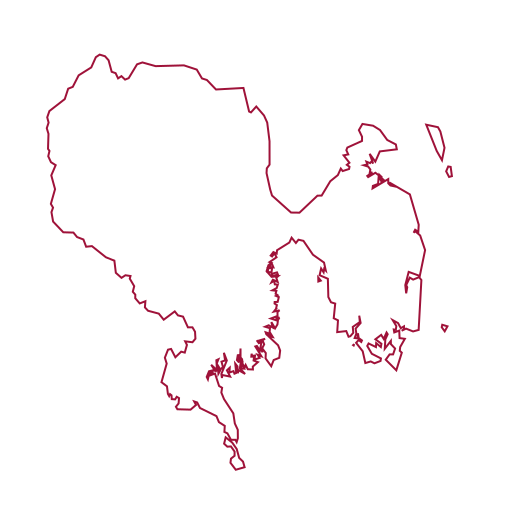 Ambanja, Diana, Madagascar, rotated 176°
{"feature_id": "10022922B10293113814705", "entity_name": "Ambanja", "entity_type": "district", "adm_level": 2, "iso_a3": "MDG", "parent_name": "Madagascar", "parent_adm1": "Diana", "projection": "equal_earth", "projection_center": [48.458, -13.784], "detail": "fine", "context": "isolated", "style": "outline", "palette": "rose", "viewbox_px": 512, "rotation_deg": 176, "n_neighbors": 0, "source": "geoboundaries", "source_scale": "gbopen_adm2", "svg_char_len": 6126}
<svg xmlns="http://www.w3.org/2000/svg" viewBox="0 0 512 512"><g transform="rotate(176 256 256)"><path d="M292.7,435.0L297.5,436.9L302.1,446.1L314.6,451.2L342.9,452.4L355.8,457.0L361.3,455.5L370.6,442.3L374.3,441.1L377.7,444.8L381.2,442.8L383.3,448.2L387.1,449.8L389.4,461.5L392.7,465.8L397.9,467.8L401.9,465.5L407.2,455.6L420.3,448.6L427.0,437.5L431.7,436.0L435.8,425.9L452.0,415.0L454.6,408.9L453.6,403.5L455.8,398.1L454.5,392.3L456.0,377.4L454.7,375.2L456.3,370.0L454.0,363.9L449.5,360.6L454.6,350.7L451.8,336.7L457.0,322.3L455.1,318.4L457.0,314.0L456.0,304.5L446.6,293.1L436.5,292.1L433.2,287.4L427.0,284.5L424.8,277.1L419.0,277.3L405.8,265.2L397.6,261.2L397.0,249.0L391.7,243.6L387.6,245.9L382.6,244.8L383.5,242.2L379.6,234.4L381.4,228.9L379.1,225.9L379.4,222.3L375.3,216.8L369.5,218.6L370.4,212.5L367.5,208.9L357.0,205.3L352.5,198.9L340.9,206.4L338.0,202.2L333.0,200.6L328.9,189.6L324.4,189.3L322.1,184.7L322.2,177.7L325.4,174.4L332.6,175.8L331.1,172.1L333.8,164.6L337.3,165.8L343.5,160.6L347.2,169.2L350.3,168.7L354.0,160.9L352.6,154.9L359.1,136.7L353.9,132.2L353.5,124.6L352.4,122.3L351.4,124.2L350.0,122.9L350.0,119.1L346.7,118.6L344.9,121.1L342.7,119.6L343.5,114.3L346.4,111.2L345.1,108.6L332.0,107.3L326.2,111.6L327.8,115.2L324.9,114.0L322.5,108.3L306.6,99.0L304.6,92.9L299.0,88.7L299.8,82.7L296.9,81.1L293.8,74.4L289.4,74.1L288.3,71.7L286.8,75.5L286.3,83.9L288.8,90.4L289.6,100.6L297.9,115.5L300.1,122.2L299.0,126.9L301.9,128.9L305.1,141.6L311.6,139.7L312.6,136.3L313.6,138.8L310.9,144.3L306.9,145.0L304.8,144.3L308.3,150.6L302.9,144.9L302.8,154.8L300.7,155.6L302.7,151.4L299.4,145.2L296.7,147.6L297.8,153.0L294.1,154.0L294.8,161.7L292.4,153.8L298.8,140.7L298.5,136.7L297.8,139.6L290.2,137.5L293.0,144.0L290.0,146.4L290.6,141.6L286.5,142.7L285.7,140.1L283.9,140.7L284.2,150.1L282.2,147.2L282.3,140.3L281.3,143.3L275.1,139.1L279.9,145.1L278.4,152.2L280.8,151.6L282.3,153.5L281.1,158.3L278.6,158.4L277.9,164.8L278.5,155.9L277.1,154.0L276.8,148.9L274.8,146.1L273.9,148.0L272.1,143.6L267.0,143.0L266.9,145.9L261.5,150.0L265.7,151.9L264.9,155.7L267.7,155.9L267.2,158.8L266.8,156.6L263.9,156.8L264.7,152.8L259.5,154.1L261.2,157.3L257.6,155.6L263.0,165.8L261.4,166.2L258.7,161.5L256.5,169.9L259.2,168.8L261.2,171.9L259.2,169.3L257.6,170.7L259.6,171.3L252.7,172.8L255.4,171.6L254.0,167.3L257.1,162.1L256.4,159.5L255.9,162.9L253.0,158.5L253.6,153.2L248.5,145.0L245.6,151.0L239.9,152.8L238.5,160.0L240.2,165.4L249.1,175.0L248.6,176.9L250.2,176.2L251.2,177.3L251.7,179.2L248.1,177.7L247.8,174.9L244.9,174.0L247.7,179.3L247.1,183.0L251.8,184.8L248.2,186.0L244.3,183.5L245.3,189.0L242.0,182.5L239.4,186.2L238.7,189.8L245.6,192.6L238.7,194.7L238.5,198.6L236.3,200.2L242.1,199.3L238.7,203.0L239.6,202.4L238.6,205.6L240.8,207.3L240.6,208.8L237.6,208.7L236.1,213.4L238.8,214.8L237.3,215.5L239.1,217.0L238.1,219.8L242.0,220.6L237.6,222.6L236.3,225.9L239.2,226.4L239.7,229.9L242.4,228.6L240.8,231.2L236.2,228.6L237.3,232.9L235.4,234.3L241.9,234.1L246.5,240.1L244.3,245.9L241.1,248.1L242.9,249.0L235.6,253.3L237.4,257.4L240.0,254.4L241.3,255.4L238.4,258.7L235.2,257.0L234.6,260.3L221.8,267.1L219.2,271.8L215.3,266.2L212.5,269.3L207.6,267.8L199.1,253.3L188.6,244.7L187.4,236.6L188.9,238.4L189.7,235.0L191.9,239.0L193.9,232.4L185.9,228.3L186.7,210.0L184.4,204.6L180.3,203.0L182.8,188.5L178.7,186.1L180.3,174.4L171.2,174.8L169.3,169.0L167.5,169.4L164.3,172.6L164.4,178.5L157.0,182.9L157.2,189.3L156.3,181.9L161.7,176.6L161.3,171.7L163.3,167.3L160.5,166.8L159.7,171.8L159.3,167.0L156.2,164.4L157.0,162.9L159.5,165.0L162.2,162.4L156.2,153.5L154.4,141.6L148.9,142.8L145.3,140.7L139.1,142.6L138.5,145.1L147.3,150.4L151.3,158.5L149.8,160.9L142.7,156.8L142.2,160.7L137.8,156.5L137.0,159.7L142.7,164.6L136.6,168.6L134.4,164.4L131.1,170.6L130.1,168.8L132.8,163.8L134.0,154.5L127.4,161.9L127.6,158.7L123.7,154.0L126.1,148.3L129.6,148.5L133.8,143.5L124.0,132.2L117.3,149.4L119.2,151.4L118.5,155.2L113.3,163.0L118.5,164.1L118.3,171.6L123.4,170.1L123.7,173.1L121.7,172.6L120.9,176.3L124.1,182.5L118.9,179.1L116.6,173.9L113.3,175.5L113.5,172.7L115.9,171.3L111.4,173.1L104.6,169.8L98.9,170.9L92.7,220.5L94.8,223.5L100.9,221.5L104.1,223.7L108.2,216.5L107.3,214.3L108.8,208.3L109.1,216.6L104.8,229.5L94.0,224.7L86.9,250.1L90.8,265.0L95.3,269.5L97.1,268.3L95.4,271.1L92.4,268.8L91.5,275.8L98.2,306.7L117.9,320.1L114.3,316.2L117.0,317.0L119.0,319.3L118.7,323.5L135.0,315.3L134.5,317.8L129.2,319.4L127.9,327.9L131.1,330.7L138.6,326.9L139.4,328.1L134.1,331.3L136.7,331.2L135.9,334.3L137.8,337.3L142.1,339.0L138.5,339.6L139.3,342.4L135.7,340.7L133.9,342.5L132.7,340.0L135.5,350.0L130.4,341.8L125.2,351.7L108.1,352.6L108.7,357.5L117.0,362.6L123.5,373.0L130.1,377.8L140.6,380.3L144.6,374.4L141.9,367.6L142.2,363.4L157.3,357.8L158.5,355.3L156.9,350.9L161.6,350.3L156.3,342.5L159.0,340.6L156.5,338.5L157.1,336.3L163.6,334.7L165.3,337.3L168.7,331.0L176.7,325.4L186.3,311.7L190.5,311.9L209.6,296.2L218.0,296.9L235.8,315.2L237.2,321.3L239.7,338.0L239.1,342.7L236.1,346.2L234.5,369.5L235.5,388.3L238.2,395.6L245.3,405.1L251.0,399.6L252.8,400.6L256.8,424.5L284.3,424.9L292.7,435.0ZM77.0,375.1L68.4,348.2L63.8,338.6L60.4,350.8L63.4,367.3L65.5,371.8L77.0,375.1ZM291.1,44.2L282.1,46.1L283.3,51.8L286.9,55.8L288.7,64.8L292.8,71.6L298.9,77.2L300.9,71.0L297.9,67.8L294.3,67.8L291.0,62.4L291.3,58.2L295.1,55.6L295.9,51.5L291.1,44.2ZM58.0,331.9L60.4,327.2L57.9,321.4L55.0,322.0L55.6,331.3L58.0,331.9ZM244.3,243.2L245.6,239.2L241.7,238.7L240.8,242.6L244.3,243.2ZM75.7,172.0L73.0,167.7L69.9,172.5L75.0,174.4L75.7,172.0ZM239.4,243.4L240.6,247.0L244.3,244.3L239.4,243.4ZM241.5,237.1L240.7,234.8L235.5,236.1L236.2,238.2L241.5,237.1ZM281.5,154.1L277.8,153.2L280.5,156.9L281.5,154.1ZM306.6,143.3L310.6,143.2L311.9,141.0L306.6,143.3ZM195.4,230.2L195.6,226.2L193.1,226.9L195.4,230.2ZM275.4,144.4L275.8,146.1L277.7,148.3L278.6,144.9L275.4,144.4ZM127.1,328.2L127.2,324.7L126.3,322.9L125.2,326.1L127.1,328.2ZM301.7,146.3L301.6,143.6L301.7,141.2L299.9,144.0L301.7,146.3ZM122.7,322.3L124.8,324.5L125.5,321.8L122.7,322.3ZM240.3,193.2L239.3,190.5L237.4,192.0L237.6,192.9L240.3,193.2ZM164.2,161.2L165.3,160.3L164.8,159.9L164.2,161.2Z" fill="none" stroke="#9f1239" stroke-width="2"/></g></svg>